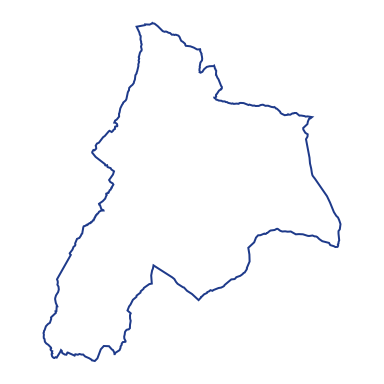 the district of Zetea, Harghita, Romania
{"feature_id": "2599482B1529970343685", "entity_name": "Zetea", "entity_type": "district", "adm_level": 2, "iso_a3": "ROU", "parent_name": "Romania", "parent_adm1": "Harghita", "projection": "mercator", "projection_center": [25.451, 46.47], "detail": "fine", "context": "isolated", "style": "outline", "palette": "blue", "viewbox_px": 384, "rotation_deg": 0, "n_neighbors": 0, "source": "geoboundaries", "source_scale": "gbopen_adm2", "svg_char_len": 5867}
<svg xmlns="http://www.w3.org/2000/svg" viewBox="0 0 384 384"><path d="M111.9,349.5L113.0,350.1L114.3,352.6L114.5,354.1L114.8,354.1L115.4,352.8L119.5,350.2L120.5,347.9L120.6,346.4L121.7,344.8L121.7,343.6L122.8,342.1L125.4,341.8L125.6,341.1L124.3,338.5L124.2,336.5L124.7,334.5L125.0,332.0L126.0,330.4L127.1,329.6L128.7,329.4L129.9,328.2L130.0,324.9L130.7,320.8L130.1,318.7L130.0,315.3L130.2,314.4L130.7,313.3L127.5,310.5L129.1,306.4L130.5,304.6L132.9,299.8L136.4,296.9L136.6,295.6L140.5,292.6L140.7,291.3L143.4,289.0L143.9,287.9L149.3,284.1L151.8,283.6L151.2,275.5L152.1,270.5L152.9,268.7L153.5,265.4L172.3,277.4L174.4,279.1L176.0,281.9L177.6,283.8L182.9,287.2L184.0,287.5L187.0,290.8L192.0,294.0L198.6,300.1L201.0,297.5L201.0,297.0L201.8,296.6L204.1,294.3L206.9,293.0L207.2,292.2L209.3,291.2L210.4,290.2L212.5,290.8L213.3,290.1L218.6,288.0L221.1,287.6L223.5,286.4L224.2,285.8L224.6,285.0L231.3,279.4L234.3,279.1L235.2,278.6L236.3,277.2L240.3,275.8L242.5,274.2L243.6,273.0L244.7,272.5L246.7,269.4L247.0,268.7L246.8,268.1L249.6,261.5L249.4,254.5L248.3,247.8L254.2,242.3L256.0,237.6L258.1,235.3L260.4,235.2L264.3,233.6L265.0,234.0L266.0,233.8L266.7,233.0L267.3,233.0L269.7,231.0L270.6,230.5L274.6,230.0L276.6,228.9L277.3,228.8L277.9,229.0L280.3,230.8L282.3,231.5L285.2,231.3L287.6,231.7L290.8,231.5L295.8,234.3L299.0,234.1L302.9,234.3L307.6,235.8L309.0,236.0L312.5,235.5L314.7,236.4L315.9,236.4L317.2,237.0L319.3,239.1L322.3,241.2L329.0,242.9L330.3,245.1L333.9,246.2L335.3,247.0L337.5,246.9L338.1,245.8L338.2,244.9L337.9,244.4L338.6,243.1L338.5,242.2L339.2,240.3L338.5,233.6L338.5,231.1L339.8,229.3L340.5,224.1L339.2,220.2L338.0,217.5L336.3,215.9L333.9,212.1L330.0,202.5L327.0,196.2L315.0,178.8L312.9,176.1L312.4,175.2L311.9,173.2L311.2,168.6L310.0,163.5L309.5,157.7L306.0,139.2L307.5,136.6L307.7,134.3L305.3,132.8L303.3,129.5L303.2,128.0L307.4,124.1L307.9,121.5L309.1,118.8L310.4,118.4L312.0,117.1L307.7,116.4L305.6,116.6L304.6,116.1L300.9,115.5L299.4,115.6L296.3,113.0L294.2,113.0L293.7,113.4L292.4,113.4L290.3,114.7L288.4,114.7L288.0,114.3L287.5,114.8L284.7,115.2L281.4,113.6L280.4,112.7L280.1,111.7L277.0,108.8L275.8,108.4L275.5,107.8L274.2,107.0L273.7,107.3L271.4,106.9L268.0,105.7L265.4,105.8L262.9,104.7L260.8,105.0L258.8,105.9L255.7,106.0L254.1,105.5L252.9,105.7L249.4,104.6L248.5,105.0L243.7,103.1L240.5,102.9L239.4,103.1L238.7,103.8L236.6,103.6L233.8,103.9L232.6,103.4L231.9,103.7L228.2,102.9L227.3,102.2L225.7,102.0L224.8,101.4L222.5,101.4L221.6,100.8L218.5,100.5L217.6,99.9L216.3,99.7L215.3,98.3L214.6,98.2L214.4,97.7L215.2,97.7L216.2,96.7L215.9,95.7L216.1,94.6L216.8,94.0L219.1,90.5L221.1,89.4L220.9,89.0L221.9,88.1L221.8,86.8L221.1,85.9L218.5,79.3L217.4,77.7L216.5,75.6L216.0,75.0L216.2,74.6L216.0,74.2L216.2,70.7L215.6,69.9L215.5,69.2L214.9,68.6L214.7,67.2L214.1,65.7L213.7,66.1L209.7,66.2L206.8,66.9L204.0,69.3L202.4,71.8L200.6,72.7L199.6,72.2L199.8,71.5L199.4,70.2L199.5,68.8L199.9,67.5L199.7,66.7L200.0,64.9L200.4,62.6L202.0,60.4L202.2,58.7L201.9,56.3L201.4,54.2L201.6,53.9L200.1,50.9L200.3,50.1L200.1,49.2L197.8,49.5L196.8,49.3L193.8,47.6L190.3,46.3L185.8,45.8L185.4,45.2L185.0,43.7L182.8,41.8L181.3,40.9L180.7,39.8L179.5,36.9L178.4,35.6L175.8,34.7L174.3,35.0L173.7,34.6L171.9,34.7L170.0,33.0L168.3,32.7L167.5,32.1L165.9,31.5L164.6,31.8L162.7,31.1L157.8,26.2L154.6,23.7L153.7,23.4L152.9,23.5L152.3,23.0L151.9,23.5L149.6,24.6L145.4,24.4L145.5,24.7L145.1,25.1L136.6,26.7L139.4,32.6L139.8,34.6L140.7,36.1L140.5,39.5L141.2,41.9L141.1,43.0L141.7,44.2L141.0,46.7L141.7,49.4L141.5,50.7L140.7,51.4L139.9,52.9L139.0,56.6L138.7,57.1L139.2,58.4L138.6,60.7L139.1,61.8L138.3,64.3L138.4,66.0L137.1,71.5L136.6,72.7L136.6,73.4L135.4,75.2L134.9,79.5L134.0,81.8L133.8,83.0L132.5,84.8L130.9,86.1L129.2,87.9L128.9,90.5L128.3,91.2L127.8,92.4L126.4,99.1L125.7,100.4L123.2,102.6L123.0,103.5L122.1,104.7L120.3,108.4L119.5,112.6L119.0,113.8L119.1,116.6L116.8,119.5L115.1,120.6L114.9,121.1L114.3,122.6L115.4,122.7L117.0,124.0L117.3,125.4L117.2,126.2L115.3,126.5L115.0,126.9L114.9,129.0L113.6,129.7L113.1,130.7L111.7,132.0L109.5,130.8L108.8,131.3L104.8,136.0L103.1,137.2L98.9,142.7L96.9,143.6L95.7,145.7L96.1,147.1L96.2,148.6L94.5,150.3L93.4,150.0L92.3,151.8L92.2,152.7L95.6,156.9L105.0,164.2L105.2,165.3L105.8,165.5L107.1,165.2L107.6,167.1L110.6,168.1L111.4,169.5L114.0,171.3L113.0,174.5L109.1,180.0L110.3,182.0L112.7,183.4L113.4,184.6L111.9,187.0L111.9,187.6L111.4,187.7L110.7,189.6L109.7,190.2L108.7,192.4L108.2,192.5L108.2,193.0L106.4,193.5L106.1,194.0L106.7,195.1L106.1,196.1L105.2,198.6L102.7,201.2L99.0,203.8L99.3,204.8L100.0,205.1L101.4,209.3L103.4,210.2L103.5,210.5L101.2,210.6L99.1,211.7L98.0,213.5L97.2,213.8L96.8,214.7L96.2,214.9L95.8,216.0L95.2,216.4L95.1,217.5L94.5,217.9L94.1,219.4L93.6,219.6L93.5,220.4L92.9,220.5L91.6,222.1L91.0,222.1L90.8,222.8L90.3,223.2L89.5,223.1L87.7,224.7L87.3,224.5L86.8,225.2L86.1,225.2L85.6,225.7L83.7,226.3L83.3,227.3L82.2,233.6L81.6,234.0L80.8,235.8L79.4,237.9L77.0,238.9L75.3,243.0L75.1,243.8L75.4,244.8L75.0,245.7L73.5,246.9L72.5,249.6L69.7,253.3L70.1,254.2L70.8,254.9L57.0,279.3L57.7,281.1L57.8,282.9L57.4,284.7L58.5,286.6L58.8,289.5L58.1,292.1L56.0,295.4L55.2,298.1L55.1,299.1L55.8,302.9L57.3,306.4L56.7,306.5L56.4,311.1L55.5,311.3L55.9,312.8L51.0,317.4L51.2,318.9L49.9,322.8L47.9,324.1L45.9,326.3L44.7,329.9L44.0,331.0L43.9,332.3L43.5,333.0L43.9,334.7L43.7,336.5L43.8,338.1L44.5,339.0L44.9,341.7L46.2,343.4L48.4,344.9L51.0,347.6L50.9,348.0L51.1,348.5L50.7,348.8L50.6,349.7L51.3,350.7L52.3,351.2L51.9,352.4L52.4,353.5L51.6,354.1L52.0,356.0L52.7,357.1L53.8,357.9L54.4,358.0L55.5,357.2L56.7,357.6L60.1,352.1L61.0,350.1L61.8,350.9L61.8,351.7L62.4,353.1L64.7,354.5L66.4,354.7L67.4,352.6L67.7,352.5L74.6,355.6L75.3,354.3L77.9,354.7L79.4,354.0L81.7,354.6L83.1,354.5L85.2,356.5L89.1,358.2L91.6,359.7L91.8,360.3L94.8,361.0L97.4,358.4L100.8,349.3L103.8,346.0L109.0,346.2L111.9,349.5Z" fill="none" stroke="#1e3a8a" stroke-width="2"/></svg>